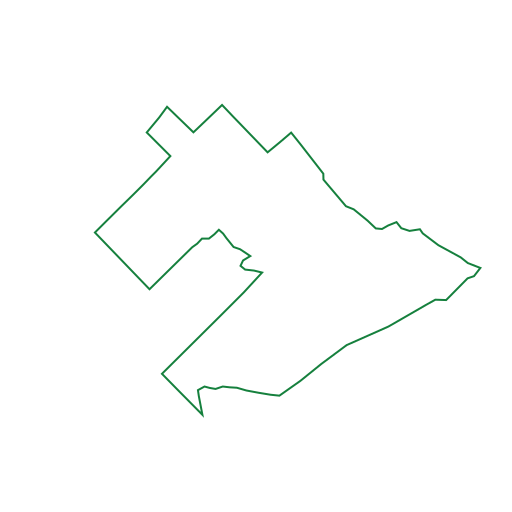 Teutônia, Rio Grande do Sul, Brazil, rotated 225°
{"feature_id": "56859067B69463927018614", "entity_name": "Teutônia", "entity_type": "district", "adm_level": 2, "iso_a3": "BRA", "parent_name": "Brazil", "parent_adm1": "Rio Grande do Sul", "projection": "robinson", "projection_center": [-51.779, -29.465], "detail": "fine", "context": "isolated", "style": "outline", "palette": "green", "viewbox_px": 512, "rotation_deg": 225, "n_neighbors": 0, "source": "geoboundaries", "source_scale": "gbopen_adm2", "svg_char_len": 1157}
<svg xmlns="http://www.w3.org/2000/svg" viewBox="0 0 512 512"><g transform="rotate(225 256 256)"><path d="M386.5,158.7L307.8,157.2L307.3,217.1L306.3,223.1L306.5,230.1L301.6,235.0L300.8,241.9L300.8,248.3L295.1,248.6L289.5,247.7L278.2,246.5L272.1,249.5L265.3,250.9L260.0,251.9L262.0,243.7L260.0,238.1L254.1,238.7L247.1,244.3L240.0,248.6L238.9,221.7L238.9,215.0L238.9,189.9L239.2,106.2L218.0,106.0L181.6,105.8L197.5,116.6L202.2,120.1L200.1,127.3L195.4,130.0L190.6,133.4L187.2,140.2L181.8,144.5L176.4,149.3L167.7,154.1L157.5,161.1L147.6,168.2L140.7,173.8L136.3,199.3L133.5,225.8L128.9,257.1L112.5,299.7L108.3,315.2L101.2,341.7L98.3,351.9L90.4,359.3L90.6,389.8L87.6,395.9L88.9,406.2L101.2,400.8L110.2,399.8L134.7,392.6L154.1,389.9L159.0,390.8L165.2,382.3L172.9,378.4L180.6,379.3L184.1,371.1L186.0,364.2L190.8,360.2L201.9,359.9L219.9,358.1L227.6,354.8L262.3,357.7L266.6,361.8L303.1,366.4L318.4,368.1L319.6,353.0L321.1,337.5L371.4,338.4L386.8,338.8L387.1,323.9L387.7,299.2L424.4,298.6L422.4,285.5L420.6,266.1L387.2,266.1L386.4,244.9L386.4,238.3L386.2,226.9L386.2,212.8L386.4,196.2L386.5,175.0L386.5,158.7Z" fill="none" stroke="#15803d" stroke-width="2"/></g></svg>